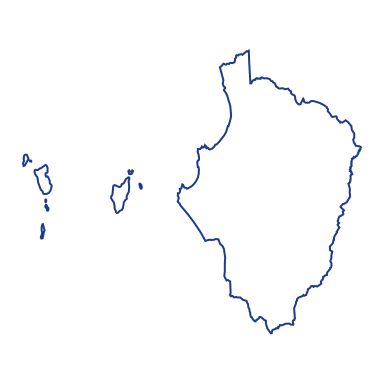 the district of Bang Lamung, Chon Buri, Thailand
{"feature_id": "78962969B66600196547968", "entity_name": "Bang Lamung", "entity_type": "district", "adm_level": 2, "iso_a3": "THA", "parent_name": "Thailand", "parent_adm1": "Chon Buri", "projection": "natural_earth1", "projection_center": [100.983, 12.921], "detail": "fine", "context": "isolated", "style": "outline", "palette": "blue", "viewbox_px": 384, "rotation_deg": 0, "n_neighbors": 0, "source": "geoboundaries", "source_scale": "gbopen_adm2", "svg_char_len": 5987}
<svg xmlns="http://www.w3.org/2000/svg" viewBox="0 0 384 384"><path d="M321.3,283.7L320.9,281.6L322.2,279.7L322.8,279.5L323.2,277.0L323.5,277.1L324.6,275.7L325.3,275.7L326.3,274.8L326.9,274.9L327.2,272.4L329.9,269.2L330.0,268.1L331.0,267.5L331.4,266.4L331.5,263.4L330.3,261.2L331.4,257.7L331.4,255.2L332.3,251.5L330.1,250.3L329.8,246.7L332.8,243.2L333.5,240.0L334.0,239.9L334.0,237.8L334.6,236.0L337.0,232.3L336.7,231.8L339.4,227.5L338.6,226.6L337.6,224.6L339.1,223.0L338.2,222.4L337.7,220.9L339.1,217.0L339.5,216.4L341.1,215.8L343.4,214.2L342.7,211.8L344.0,210.4L340.7,207.2L340.6,206.6L342.9,204.0L344.4,203.7L346.8,202.2L349.9,197.0L350.1,195.3L349.6,192.6L349.9,189.0L348.4,183.5L349.9,182.6L349.9,181.3L350.4,181.1L350.3,179.6L350.7,179.1L350.5,175.7L350.9,174.9L351.5,174.8L351.6,173.8L352.2,173.8L351.8,172.8L351.2,172.4L351.2,171.4L350.5,171.2L350.9,170.9L350.5,170.1L349.9,169.8L350.2,169.4L350.2,167.3L350.4,167.1L350.8,167.6L351.2,165.9L351.7,165.6L351.2,164.0L351.6,163.7L351.3,162.3L351.7,161.9L351.4,161.3L352.2,159.1L352.0,158.7L352.6,158.3L352.9,158.6L353.8,156.9L354.7,157.6L356.3,156.0L356.7,156.1L358.5,153.0L358.2,152.6L358.4,152.0L359.6,150.9L359.0,150.3L360.4,149.3L360.2,148.5L361.0,147.3L359.8,146.4L355.7,145.7L354.6,143.3L354.0,142.9L353.2,139.8L354.3,137.6L354.2,133.2L352.8,131.6L351.8,129.5L351.3,125.7L350.6,125.4L348.3,122.3L345.6,120.3L342.6,122.5L341.4,122.3L340.2,122.6L339.8,121.3L338.9,121.0L337.5,119.4L336.8,118.2L336.8,117.0L336.1,116.3L332.5,116.9L331.8,116.6L329.2,112.6L327.8,111.3L328.0,109.2L327.1,108.3L326.8,107.1L323.6,104.9L319.5,102.9L313.4,101.0L311.0,101.1L309.1,102.7L305.6,102.7L304.0,101.6L303.8,99.7L303.2,98.7L300.5,104.1L299.6,104.5L298.4,104.2L296.6,102.3L295.4,99.8L295.1,96.8L294.5,95.5L291.5,93.9L291.1,93.1L291.1,91.4L289.6,90.6L288.1,88.7L284.8,89.2L283.4,88.4L281.8,88.2L279.9,88.6L278.3,88.2L277.6,87.2L276.4,86.8L274.5,82.9L273.0,82.4L272.5,81.2L271.0,80.9L269.8,79.1L267.7,78.4L263.5,78.3L262.0,77.3L260.7,77.9L260.7,78.7L260.3,78.9L257.8,78.4L257.3,78.7L256.8,78.2L255.5,78.8L255.3,79.8L253.4,80.1L251.9,81.8L251.3,83.4L250.4,83.4L249.2,62.5L248.8,50.7L247.0,51.6L246.5,51.3L242.5,54.8L241.2,54.2L238.7,54.7L238.1,55.5L236.5,55.2L236.1,55.6L236.1,57.6L234.9,58.9L235.1,60.2L234.5,62.2L232.5,63.1L230.4,62.9L229.3,63.4L229.0,64.0L227.2,63.7L225.7,64.7L223.5,63.7L221.4,66.1L219.9,67.2L223.4,80.3L222.7,83.7L223.7,86.4L225.1,87.4L225.0,88.4L223.9,89.8L224.0,90.3L226.0,93.1L227.2,95.7L230.3,106.1L231.1,115.6L230.6,118.8L228.5,126.2L227.8,126.1L226.2,131.8L224.3,135.2L219.4,141.5L216.6,144.5L215.7,144.5L214.8,145.3L214.7,146.1L212.4,148.4L209.9,149.5L208.8,149.1L208.4,148.1L206.5,148.3L206.1,147.6L206.6,146.9L205.0,145.2L204.6,146.4L203.7,147.4L202.7,147.5L202.7,146.9L202.0,146.5L201.9,147.6L201.1,147.8L200.3,149.0L197.8,149.1L197.9,151.0L197.6,151.7L198.7,155.1L199.1,158.7L198.8,160.1L197.8,160.8L197.2,162.2L197.8,167.1L198.6,167.3L198.9,169.8L198.7,173.8L197.9,177.4L196.2,181.0L194.2,183.7L192.1,185.9L187.7,188.5L186.9,188.6L186.6,188.1L184.3,187.5L183.0,184.7L182.3,184.4L181.4,188.1L180.8,188.8L179.8,188.9L180.1,190.9L179.8,192.3L178.9,193.4L177.9,193.3L177.8,195.8L178.8,197.9L177.7,201.6L180.0,204.1L180.3,205.2L188.2,214.7L193.8,222.1L200.7,232.4L205.4,240.9L209.2,239.7L211.0,240.0L214.2,239.7L215.5,239.1L218.4,239.3L220.1,243.9L222.5,246.0L223.9,248.9L225.2,257.6L224.8,263.3L224.8,271.2L224.3,276.2L226.5,280.5L227.9,280.0L230.2,281.5L230.6,292.9L230.0,294.9L230.6,295.1L230.6,296.0L231.2,296.3L232.8,296.0L233.6,297.1L234.5,297.4L236.2,296.9L237.1,297.4L240.3,297.5L243.1,299.9L246.5,300.8L247.1,302.8L247.9,303.8L248.4,307.5L249.4,309.1L249.5,310.9L250.3,313.2L250.3,314.8L250.9,316.9L251.8,317.2L252.9,319.4L254.9,321.4L255.6,321.3L256.1,320.2L256.8,320.1L257.2,319.4L258.8,318.5L259.5,317.0L260.1,316.9L261.4,317.4L264.6,320.2L265.9,320.6L265.9,323.6L267.5,328.7L270.9,333.3L271.7,333.1L272.2,330.5L272.8,329.9L275.5,328.9L276.3,328.1L278.2,328.3L278.2,326.8L279.3,326.6L279.9,325.1L282.1,325.3L285.3,323.8L288.2,323.6L289.3,323.6L290.8,324.6L293.2,324.7L293.4,323.9L292.8,322.1L292.9,321.0L293.1,320.5L294.4,320.0L294.6,318.5L294.9,318.4L294.1,308.3L296.0,303.3L296.1,301.6L297.0,300.8L297.1,299.0L298.9,297.4L301.9,296.4L303.5,295.0L304.1,295.8L306.2,295.0L306.6,293.4L307.4,292.0L308.0,289.1L309.4,288.5L311.3,286.1L312.7,285.9L313.5,286.9L315.0,285.9L317.3,286.5L321.3,283.7ZM129.2,186.1L128.6,181.4L129.4,178.1L128.9,177.3L128.4,177.3L125.8,179.2L124.0,182.9L123.1,183.7L121.7,184.2L121.3,185.7L120.5,186.7L119.0,187.0L115.0,185.2L113.9,185.3L113.3,185.9L112.4,194.7L111.3,196.4L111.1,198.3L113.9,202.6L114.6,206.1L114.6,208.6L115.7,210.7L115.8,211.9L116.7,213.0L118.1,212.7L119.6,210.9L121.7,210.1L122.9,208.2L123.9,202.3L125.2,200.1L126.8,198.8L126.6,197.2L126.9,195.4L128.8,191.8L129.2,186.1ZM47.6,168.0L46.6,165.5L45.4,165.0L40.6,168.4L39.4,168.6L38.3,169.8L36.9,170.1L35.4,169.8L34.7,170.4L34.5,171.1L34.9,173.5L36.0,175.6L37.3,176.9L38.2,182.6L40.3,188.4L41.1,189.9L42.5,191.2L43.2,193.4L44.3,194.1L46.7,193.9L48.9,192.8L50.4,190.7L51.7,186.4L51.5,185.1L49.9,183.4L49.6,180.4L48.2,177.3L47.5,176.4L46.3,176.8L45.6,175.7L45.6,173.3L47.5,172.4L47.6,168.0ZM28.3,158.2L26.9,154.9L25.8,154.6L24.7,155.0L23.9,156.0L23.7,159.4L24.0,161.1L23.0,163.3L23.6,166.0L24.7,165.6L28.3,159.3L28.3,158.2ZM42.6,238.3L44.0,231.7L44.6,230.5L42.9,224.1L42.4,224.3L41.7,226.6L41.6,229.8L42.2,233.1L40.8,237.4L41.3,238.5L42.6,238.3ZM131.6,171.5L129.7,171.6L129.1,170.3L128.5,170.7L128.4,171.6L129.1,173.9L130.4,174.2L131.5,173.9L132.5,172.6L132.9,170.9L132.3,170.4L131.6,171.5ZM47.8,210.7L48.4,209.9L48.4,208.0L47.4,207.1L46.6,205.1L45.9,204.9L45.4,205.7L45.4,207.0L46.9,208.9L47.1,210.5L47.8,210.7ZM141.3,188.7L141.9,187.2L141.4,185.2L140.4,183.8L139.5,183.7L139.3,184.3L140.2,187.6L140.7,188.6L141.3,188.7ZM45.8,202.2L46.2,201.4L46.2,199.9L45.9,199.5L45.4,199.8L45.3,201.1L45.4,201.9L45.8,202.2ZM31.2,160.7L29.8,160.5L30.0,161.4L31.2,161.6L31.2,160.7Z" fill="none" stroke="#1e3a8a" stroke-width="2"/></svg>